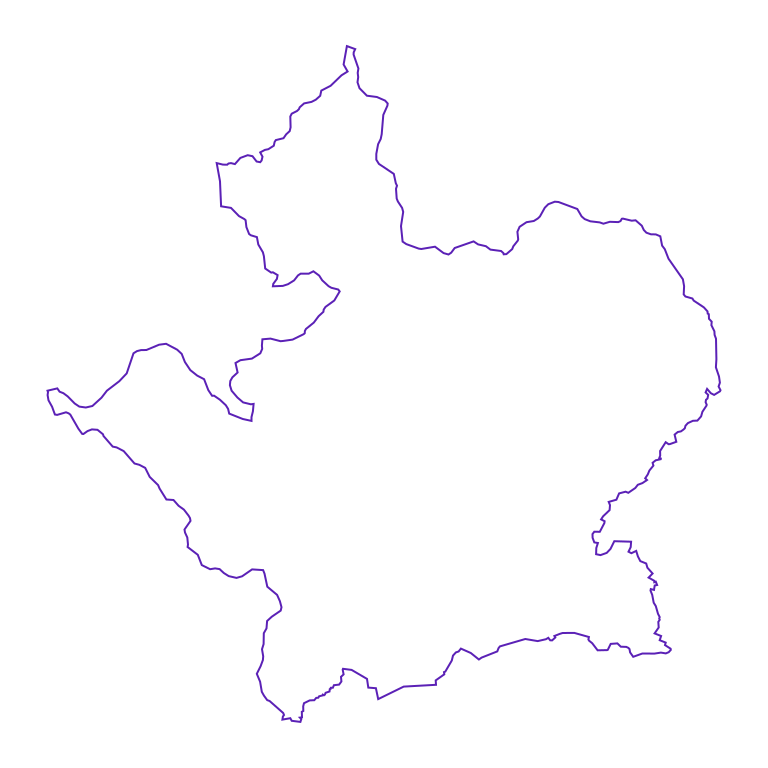 outline of Cosna, Suceava, Romania
{"feature_id": "2599482B14560986081360", "entity_name": "Cosna", "entity_type": "district", "adm_level": 2, "iso_a3": "ROU", "parent_name": "Romania", "parent_adm1": "Suceava", "projection": "orthographic", "projection_center": [25.113, 47.426], "detail": "fine", "context": "isolated", "style": "outline", "palette": "violet", "viewbox_px": 768, "rotation_deg": 0, "n_neighbors": 0, "source": "geoboundaries", "source_scale": "gbopen_adm2", "svg_char_len": 6085}
<svg xmlns="http://www.w3.org/2000/svg" viewBox="0 0 768 768"><path d="M633.2,656.8L642.4,653.5L654.4,653.6L660.9,652.6L665.8,653.4L668.7,652.2L670.8,649.9L670.6,648.7L665.0,645.1L665.7,642.6L659.7,640.2L661.1,636.0L654.6,633.4L658.7,627.5L658.3,621.9L659.7,619.8L659.2,618.5L659.7,617.1L658.0,613.8L655.8,606.1L653.7,602.7L652.2,594.8L650.5,590.6L650.8,589.1L654.0,589.9L654.7,585.5L657.1,585.0L655.8,581.7L654.3,582.2L654.3,580.8L648.6,577.6L652.6,573.5L647.4,567.7L646.2,563.5L640.3,561.1L637.9,556.4L636.2,550.9L631.4,553.2L628.5,551.7L630.7,547.1L631.1,541.7L614.3,541.2L610.5,548.9L606.7,552.9L600.5,555.1L596.1,554.2L596.3,548.0L597.9,543.0L594.3,542.4L592.6,537.8L592.5,534.1L594.3,531.7L599.8,531.8L604.4,523.0L604.6,521.2L601.1,519.4L603.1,516.3L609.6,510.1L610.0,505.1L608.7,501.9L616.4,499.7L619.1,493.4L625.6,491.7L628.3,492.8L635.3,488.0L637.8,484.8L642.4,483.1L647.0,480.0L645.2,478.3L647.8,474.4L649.4,470.5L653.4,465.6L652.6,462.8L655.7,460.3L660.7,459.2L660.8,458.5L659.3,458.0L660.2,455.6L660.1,451.0L665.7,442.2L668.6,444.2L669.9,444.1L676.3,441.8L674.6,434.6L677.8,432.0L680.9,431.4L683.4,429.6L684.8,428.3L685.5,425.7L687.9,423.1L692.9,420.8L697.4,420.6L701.1,416.4L702.4,411.8L706.5,405.6L706.7,404.7L705.6,402.2L706.0,399.8L707.5,398.5L708.2,394.9L705.6,392.4L707.1,388.9L710.8,393.2L714.1,394.9L720.0,391.3L720.5,390.2L718.6,386.5L719.9,382.7L719.0,376.5L715.9,367.3L716.4,359.3L716.0,338.7L714.6,334.9L714.4,331.3L711.4,325.2L711.7,321.7L709.0,318.8L708.8,314.2L707.7,313.6L707.5,311.4L703.9,307.4L693.7,300.6L692.4,298.5L685.4,296.5L683.7,294.4L684.1,286.2L682.9,279.3L668.5,258.7L664.8,249.2L662.1,245.6L660.3,236.3L655.8,234.4L650.9,234.3L646.4,232.7L643.8,230.0L641.8,225.7L635.6,220.3L631.7,220.7L622.9,218.6L621.8,218.8L620.5,221.1L618.3,222.1L609.8,221.8L603.4,223.7L599.7,222.4L590.3,221.3L584.7,219.1L581.6,216.4L577.3,209.0L558.5,202.0L554.8,201.7L548.3,204.2L544.8,207.7L539.9,216.5L537.8,218.5L533.8,221.0L526.5,222.2L519.6,226.8L517.4,231.8L518.2,239.3L517.8,240.6L513.3,246.3L512.2,249.1L506.4,254.1L503.7,254.3L503.4,253.1L501.1,251.0L490.4,249.6L485.9,246.2L478.1,244.4L473.6,241.4L454.7,248.0L451.2,252.7L448.5,254.5L443.6,253.1L435.0,246.7L421.3,249.0L418.7,248.6L406.3,244.1L402.6,241.6L401.0,226.1L403.2,211.9L402.1,207.9L397.9,201.5L396.7,198.6L396.0,188.8L397.0,185.7L395.8,183.2L393.8,173.9L378.9,163.9L376.3,159.7L376.3,153.9L378.1,144.2L380.7,139.0L381.7,134.2L383.3,114.9L387.4,105.7L387.7,103.5L385.1,100.6L376.9,97.0L366.9,95.7L359.5,88.2L357.5,82.3L358.2,77.1L357.7,72.9L358.4,68.5L353.6,54.6L353.7,52.3L355.2,49.1L346.9,46.1L343.6,64.5L347.6,71.5L341.5,75.3L330.6,85.8L321.3,90.6L320.2,95.8L315.8,99.7L311.5,101.9L304.1,103.4L299.7,107.3L298.9,109.2L297.0,111.0L291.7,113.7L290.3,116.5L290.6,127.3L289.7,131.1L286.2,134.3L283.5,138.2L275.8,140.1L274.6,142.0L273.8,145.7L268.3,149.2L264.9,149.9L260.2,152.4L262.5,156.7L261.6,160.5L260.2,162.2L256.6,161.5L252.5,156.2L247.7,155.2L240.4,157.9L234.9,164.1L231.0,163.1L228.5,163.5L227.2,164.7L222.9,164.6L216.7,163.1L220.0,181.3L221.1,206.3L231.0,207.9L239.0,216.1L244.4,219.1L245.6,220.2L246.4,227.1L249.1,234.0L250.9,235.3L256.9,237.1L258.3,244.5L262.9,252.3L263.9,256.2L265.2,268.5L271.2,272.6L272.9,272.3L277.6,275.1L276.9,278.9L273.3,283.8L272.9,286.3L282.8,285.9L288.0,284.2L294.1,280.4L298.0,275.4L300.6,273.7L308.7,273.7L313.4,271.3L319.2,275.6L322.2,280.3L328.6,286.2L331.4,287.8L338.2,289.5L339.7,291.4L334.3,300.5L325.5,306.9L323.7,309.6L323.4,311.8L318.6,316.2L313.8,322.6L306.0,328.9L304.9,330.9L304.7,333.3L303.6,334.2L292.6,339.6L283.6,340.9L280.6,341.2L270.5,338.6L262.4,339.3L261.9,345.7L262.2,348.9L260.3,353.3L251.9,358.6L240.4,360.2L235.5,363.0L237.6,372.5L232.4,377.3L230.3,381.0L229.9,385.2L231.6,390.7L237.4,397.5L243.1,402.4L250.9,404.3L253.6,403.9L252.9,411.4L251.5,417.1L251.5,420.9L242.8,419.0L229.2,413.6L228.1,408.9L225.8,405.2L219.9,399.7L214.1,395.7L212.1,395.8L208.3,390.1L204.1,379.2L197.2,375.6L190.3,370.1L184.9,362.0L181.7,353.9L177.2,349.7L166.1,343.8L159.1,344.7L146.4,350.0L141.0,350.1L137.0,351.1L133.5,353.3L126.7,373.4L119.3,381.2L106.9,390.7L101.5,397.7L92.4,406.0L85.8,407.5L79.3,406.6L74.7,403.5L67.7,396.4L63.4,393.2L59.6,391.7L57.3,388.4L47.5,390.7L48.0,392.1L47.6,395.1L48.5,400.3L52.1,406.8L54.9,414.5L57.1,414.9L66.0,412.3L68.6,413.3L70.3,414.6L78.4,428.7L82.2,433.9L83.4,434.0L87.5,431.1L91.9,429.4L97.5,429.8L103.0,434.3L103.5,436.0L112.7,446.6L116.6,447.4L123.7,451.1L134.5,463.5L139.3,464.8L145.2,467.9L149.7,476.9L158.1,485.1L159.6,488.6L166.4,499.5L173.5,500.0L178.6,505.8L183.9,509.6L188.6,515.7L190.0,518.1L190.5,520.9L184.5,529.5L185.0,532.5L187.3,537.5L188.0,544.6L187.6,547.0L197.8,554.8L201.8,565.1L210.1,569.2L215.1,568.4L219.6,569.1L223.8,573.0L228.7,576.1L236.5,577.9L242.1,576.3L252.1,569.4L263.1,570.1L264.5,573.6L267.3,586.7L277.1,594.9L279.9,601.2L281.5,607.2L280.7,610.6L271.8,616.7L267.1,621.0L266.5,628.4L263.8,633.2L263.6,644.1L262.0,649.2L263.2,656.3L262.9,660.0L260.6,666.2L256.8,673.8L260.1,681.7L261.8,691.8L264.0,695.7L267.2,700.1L269.6,701.0L283.2,713.0L284.0,715.0L282.9,716.5L282.4,719.6L290.3,718.2L291.7,720.8L300.4,721.9L301.3,719.1L299.9,717.6L302.0,717.3L301.8,711.8L303.3,711.0L303.2,706.3L304.0,703.2L309.7,700.4L314.3,700.2L316.2,697.9L318.3,697.7L319.1,696.3L322.3,695.5L322.8,694.6L323.9,695.3L324.9,694.6L325.6,692.8L329.5,691.5L329.8,689.1L330.6,688.9L330.8,687.8L332.9,687.7L333.9,685.2L339.1,684.6L341.4,681.5L341.0,676.8L343.6,674.4L342.7,669.7L343.0,668.8L351.6,669.9L367.0,678.9L368.3,687.6L375.9,688.2L378.2,699.1L403.7,686.6L436.0,684.8L435.7,680.4L444.3,674.3L444.0,672.1L445.3,671.6L451.8,660.5L453.0,655.6L455.9,652.4L458.6,651.5L460.9,648.6L470.8,653.0L478.9,659.5L481.6,657.6L497.3,651.4L498.5,648.2L499.9,646.4L525.3,639.0L537.7,641.1L546.0,639.2L548.3,637.8L550.2,640.3L552.1,640.4L555.3,637.5L554.4,636.0L559.7,633.9L562.6,633.0L574.3,632.9L588.9,637.0L588.4,639.5L589.1,640.7L592.2,643.2L597.6,650.3L607.1,650.1L607.8,649.8L610.7,643.9L617.4,643.4L620.8,646.7L626.3,646.9L628.4,647.9L629.5,649.1L630.1,652.4L633.2,656.8Z" fill="none" stroke="#5b21b6" stroke-width="2"/></svg>